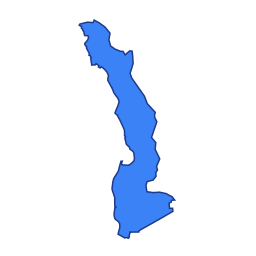 outline of Al Gitaina, White Nile, Sudan, rotated 176°
{"feature_id": "16777658B71030870448904", "entity_name": "Al Gitaina", "entity_type": "district", "adm_level": 2, "iso_a3": "SDN", "parent_name": "Sudan", "parent_adm1": "White Nile", "projection": "natural_earth1", "projection_center": [32.426, 14.401], "detail": "fine", "context": "isolated", "style": "filled", "palette": "blue", "viewbox_px": 256, "rotation_deg": 176, "n_neighbors": 0, "source": "geoboundaries", "source_scale": "gbopen_adm2", "svg_char_len": 2747}
<svg xmlns="http://www.w3.org/2000/svg" viewBox="0 0 256 256"><g transform="rotate(176 128 128)"><path d="M139.3,223.8L144.0,230.4L149.4,234.9L154.2,238.0L155.1,236.1L155.7,235.6L160.9,236.4L168.6,235.1L169.0,234.8L169.4,234.1L169.5,233.9L168.3,233.1L167.4,232.7L167.5,230.9L167.0,230.2L166.4,229.8L166.3,228.7L165.3,227.1L165.1,224.3L164.5,223.1L162.4,223.0L161.4,222.7L161.1,221.0L162.1,218.6L165.3,215.3L164.9,213.3L163.6,212.1L163.9,210.7L161.3,204.6L161.9,203.4L160.5,202.7L160.5,201.8L160.0,201.4L159.8,200.7L160.3,200.2L159.8,193.3L156.0,193.3L155.3,194.4L152.7,192.3L153.3,191.0L151.6,189.8L150.1,191.0L147.1,187.9L146.7,187.4L145.0,185.1L143.8,181.2L144.3,180.1L144.9,177.1L141.4,169.3L141.0,168.9L141.1,168.6L140.4,166.8L139.7,164.2L137.9,161.2L136.0,158.4L135.0,155.0L135.9,152.5L136.2,151.7L136.7,150.6L137.8,148.4L138.7,146.5L140.0,143.9L138.5,142.0L137.7,141.6L137.3,140.6L137.3,140.1L136.0,137.5L135.3,135.8L133.8,131.9L132.8,129.4L131.8,126.3L131.7,125.9L131.8,122.1L132.0,120.4L131.1,119.8L131.1,118.7L131.9,118.2L131.3,115.0L130.7,111.7L129.5,110.4L128.0,108.8L127.6,106.8L125.1,104.7L124.5,104.0L123.9,102.5L123.8,100.2L123.7,97.5L124.2,95.1L125.8,93.5L127.2,92.4L127.6,92.1L128.2,91.7L130.3,90.8L134.1,91.3L135.4,91.4L135.8,91.5L137.2,92.5L136.0,95.3L137.3,95.3L137.3,95.2L137.4,94.9L137.5,94.8L137.5,94.7L138.6,91.8L139.1,90.4L140.2,87.1L140.7,85.6L142.4,83.2L144.7,80.1L145.7,78.7L146.8,75.6L147.4,72.6L147.7,71.1L148.2,68.5L148.0,67.3L147.8,66.3L146.9,62.8L146.1,59.6L146.4,55.5L146.6,50.6L145.8,50.5L145.5,50.1L145.7,49.5L146.7,49.2L147.7,44.3L147.9,43.3L147.8,40.2L147.1,37.9L144.2,35.4L143.0,33.1L143.1,29.5L143.3,28.6L144.4,25.7L145.0,23.7L145.3,22.7L144.5,22.2L141.8,20.5L141.7,20.4L138.8,18.5L137.8,18.8L137.1,18.9L136.3,18.6L135.8,18.1L135.3,18.0L134.9,18.4L134.4,18.9L134.3,19.6L134.2,20.3L134.3,21.0L133.9,22.0L133.6,22.4L133.4,22.9L133.5,23.6L133.5,24.0L127.9,23.7L124.5,23.5L124.4,23.9L124.2,24.3L124.1,24.8L122.4,25.7L122.2,25.7L121.9,25.9L119.0,27.3L116.7,28.3L116.2,28.6L114.3,29.5L113.5,29.9L112.1,30.5L96.1,38.2L95.4,38.6L92.2,40.1L90.8,40.9L89.6,41.4L89.0,41.7L89.1,44.6L89.1,44.8L92.2,45.0L92.3,50.2L90.1,51.0L89.7,52.7L89.1,52.8L88.3,52.9L86.5,52.9L87.2,53.9L88.7,56.3L91.9,58.2L94.5,59.9L101.1,61.8L107.3,61.8L113.6,63.1L114.1,69.4L112.7,73.2L106.6,74.3L103.4,77.9L103.4,81.4L101.5,84.1L102.2,87.7L98.5,95.0L100.3,99.5L102.4,104.8L101.3,111.5L105.2,116.9L102.4,123.7L100.6,127.9L98.8,132.3L99.2,133.3L100.7,136.9L100.5,139.4L99.7,141.7L105.3,148.7L107.0,150.8L109.4,158.6L120.8,177.6L122.1,182.4L120.2,187.2L118.4,192.0L118.3,199.1L118.5,204.4L120.9,204.8L125.7,201.2L127.7,204.9L129.8,204.9L135.4,207.6L139.6,211.0L140.9,217.3L139.3,223.8Z" fill="#3b82f6" stroke="#1e3a8a" stroke-width="1.5"/></g></svg>